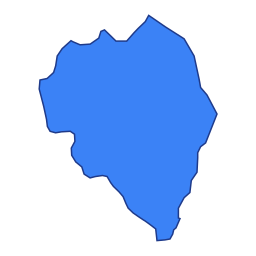 outline of Namyangju-si, Gyeonggi, South Korea
{"feature_id": "91817680B38772026787440", "entity_name": "Namyangju-si", "entity_type": "district", "adm_level": 2, "iso_a3": "KOR", "parent_name": "South Korea", "parent_adm1": "Gyeonggi", "projection": "equal_earth", "projection_center": [127.227, 37.639], "detail": "fine", "context": "isolated", "style": "filled", "palette": "blue", "viewbox_px": 256, "rotation_deg": 0, "n_neighbors": 0, "source": "geoboundaries", "source_scale": "gbopen_adm2", "svg_char_len": 998}
<svg xmlns="http://www.w3.org/2000/svg" viewBox="0 0 256 256"><path d="M71.0,40.7L62.2,48.6L57.2,56.0L55.7,65.8L53.6,72.5L47.1,78.5L40.0,80.0L39.2,89.0L43.7,106.4L46.5,119.3L47.4,126.5L50.1,131.3L55.6,132.8L61.6,131.8L70.3,131.3L74.5,134.2L74.9,141.4L71.3,148.1L71.7,155.3L75.8,162.0L81.8,166.9L84.1,174.1L90.1,177.9L93.2,177.1L93.9,176.9L95.6,176.5L102.5,175.5L107.1,176.5L110.7,182.7L113.5,186.5L119.0,191.8L123.1,196.6L125.9,203.4L128.2,208.2L133.2,213.0L138.7,216.8L143.8,220.2L144.7,220.7L149.3,224.0L155.7,228.9L157.0,240.6L164.9,239.9L170.0,239.0L172.7,234.1L173.7,229.8L176.0,227.9L180.0,218.6L178.4,218.0L178.4,208.2L184.1,197.7L189.9,192.5L191.3,180.5L197.0,172.2L197.7,157.9L197.7,152.7L200.6,146.7L205.6,142.9L217.0,114.0L207.0,95.0L200.6,87.5L199.1,79.2L194.1,56.0L184.1,38.8L165.4,26.9L148.7,15.4L145.3,21.6L138.2,28.4L133.9,32.9L126.7,41.1L116.0,41.1L104.5,29.9L100.9,31.4L98.8,38.1L90.2,44.1L80.1,44.8L73.0,41.8L71.0,40.7Z" fill="#3b82f6" stroke="#1e3a8a" stroke-width="1.5"/></svg>